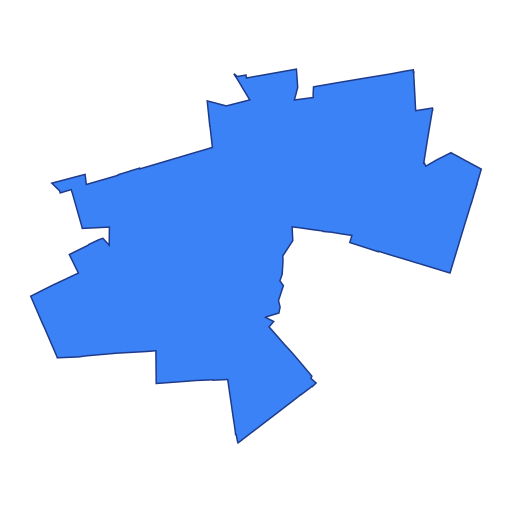 the district of Traian, Braila, Romania
{"feature_id": "2599482B34558550347077", "entity_name": "Traian", "entity_type": "district", "adm_level": 2, "iso_a3": "ROU", "parent_name": "Romania", "parent_adm1": "Braila", "projection": "orthographic", "projection_center": [27.706, 45.134], "detail": "fine", "context": "isolated", "style": "filled", "palette": "blue", "viewbox_px": 512, "rotation_deg": 0, "n_neighbors": 0, "source": "geoboundaries", "source_scale": "gbopen_adm2", "svg_char_len": 2686}
<svg xmlns="http://www.w3.org/2000/svg" viewBox="0 0 512 512"><path d="M461.0,236.7L464.9,223.7L466.3,219.3L466.7,218.0L467.5,215.4L469.2,209.8L470.1,206.9L471.2,203.3L471.3,203.4L474.2,193.5L477.1,184.2L476.9,184.1L477.9,180.6L481.0,170.1L481.3,169.1L476.5,166.5L464.5,160.1L463.5,159.5L451.5,153.0L451.2,153.2L450.9,152.7L439.2,158.6L436.3,160.1L430.8,163.3L426.5,165.8L425.7,166.1L424.5,163.2L423.7,163.3L425.6,151.5L426.7,144.3L429.2,129.2L431.6,115.0L432.4,110.2L432.7,110.1L432.7,109.6L432.6,108.4L432.5,108.0L427.6,108.8L415.8,110.7L415.5,108.1L414.9,96.0L414.2,83.3L414.1,80.7L413.9,78.0L413.8,76.3L413.7,72.9L413.9,72.4L413.4,72.5L413.3,70.9L413.4,70.5L413.4,69.8L404.7,71.2L391.2,73.8L364.9,78.1L336.9,82.8L323.2,85.2L316.0,86.4L313.5,86.9L313.1,94.6L313.2,97.5L294.4,100.0L297.7,87.4L297.3,81.5L296.4,69.1L268.4,74.1L254.8,76.5L246.4,78.0L246.0,75.0L239.8,76.1L239.5,76.2L238.6,76.3L237.2,76.4L235.3,74.8L234.6,74.1L234.2,74.4L236.6,78.1L237.7,79.8L239.5,82.8L243.1,88.9L247.9,96.8L249.5,99.5L249.8,99.9L226.2,105.9L216.7,103.4L207.2,100.9L209.8,126.2L210.0,126.2L212.4,147.4L148.3,166.4L139.8,168.9L139.6,168.1L130.0,171.0L129.5,171.3L119.4,174.3L118.1,174.8L118.0,175.1L118.0,175.3L86.3,184.5L85.1,174.4L73.5,177.4L66.0,179.4L54.6,182.4L51.8,183.2L52.5,183.8L56.4,187.7L59.5,190.7L60.2,192.9L71.2,189.6L71.6,191.0L72.6,194.0L82.2,227.8L82.2,228.4L109.4,227.1L109.2,245.2L102.9,238.3L98.6,239.8L88.8,244.5L88.2,245.2L69.3,254.5L78.4,273.1L72.3,275.9L64.1,279.8L54.0,284.5L43.4,289.8L30.7,296.2L37.3,311.5L42.5,323.6L44.6,328.0L50.3,341.3L57.3,357.4L57.3,357.8L78.7,356.9L85.7,355.9L111.8,353.6L114.3,353.4L114.5,353.3L143.1,351.7L149.5,351.3L155.9,350.7L156.2,383.5L183.4,381.5L195.8,380.5L212.8,379.8L213.0,380.2L227.7,379.5L231.6,406.3L232.1,409.8L233.5,419.6L234.1,423.2L235.0,429.5L235.1,430.4L235.6,434.6L236.2,434.7L237.6,441.9L237.8,442.4L238.0,442.9L242.0,439.9L243.2,438.9L257.1,428.3L286.7,405.6L297.7,397.1L300.6,394.8L300.8,394.9L306.7,390.4L307.7,389.7L312.2,386.2L312.4,386.5L313.8,385.2L315.4,383.7L316.1,383.0L310.9,378.4L311.3,377.4L311.9,376.2L299.1,361.0L294.1,355.1L291.3,351.9L284.1,344.1L269.0,326.8L273.7,321.5L265.5,317.4L266.6,316.7L266.9,316.7L267.1,316.6L278.9,313.0L280.1,307.1L278.5,300.6L283.4,285.6L279.9,280.9L282.2,274.2L283.0,261.2L282.8,255.9L292.8,240.6L292.1,226.9L298.5,227.6L314.3,229.9L322.3,230.9L322.8,231.4L329.8,232.1L330.3,232.0L342.2,234.0L351.9,235.4L349.8,242.5L378.4,251.8L378.6,251.3L378.9,251.4L381.3,252.1L389.9,254.8L394.2,256.1L409.9,260.8L416.1,262.7L428.3,266.4L436.2,268.8L443.4,271.0L450.0,273.0L450.5,271.4L452.2,265.7L458.9,243.7L460.4,238.6L461.0,236.7Z" fill="#3b82f6" stroke="#1e3a8a" stroke-width="1.5"/></svg>